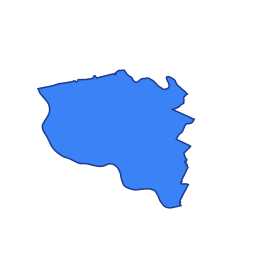 the district of Vijfheerenlanden, Zuid-Holland, Netherlands, rotated 224°
{"feature_id": "6326949B1292857189709", "entity_name": "Vijfheerenlanden", "entity_type": "district", "adm_level": 2, "iso_a3": "NLD", "parent_name": "Netherlands", "parent_adm1": "Zuid-Holland", "projection": "robinson", "projection_center": [5.057, 51.93], "detail": "fine", "context": "isolated", "style": "filled", "palette": "blue", "viewbox_px": 256, "rotation_deg": 224, "n_neighbors": 0, "source": "geoboundaries", "source_scale": "gbopen_adm2", "svg_char_len": 5566}
<svg xmlns="http://www.w3.org/2000/svg" viewBox="0 0 256 256"><g transform="rotate(224 128 128)"><path d="M220.0,93.8L219.4,93.5L217.5,92.7L216.6,92.3L215.6,92.0L214.6,91.8L212.1,91.5L206.1,91.0L205.0,90.9L203.1,90.4L201.8,90.0L201.1,89.7L200.2,89.2L198.7,88.1L197.9,87.5L197.2,86.9L196.5,86.0L195.9,85.2L195.1,84.0L194.9,83.5L194.7,83.0L194.0,80.8L193.8,79.8L193.5,78.5L193.2,76.8L192.5,73.5L192.4,73.0L192.0,71.9L191.7,71.1L191.5,70.6L191.0,69.9L190.6,69.5L190.0,69.0L188.5,67.9L186.4,67.0L185.4,66.6L184.4,66.4L182.3,66.0L176.3,64.1L173.7,63.0L171.2,62.1L169.5,61.7L166.9,61.3L164.2,61.1L162.0,61.2L157.4,61.8L155.9,62.2L154.5,62.6L153.3,63.0L152.7,63.3L152.3,63.6L151.9,63.9L151.0,64.3L148.8,65.2L148.0,65.5L146.3,66.1L144.8,66.5L140.2,68.0L137.4,69.4L134.1,72.7L132.4,73.9L130.3,75.2L128.0,76.5L125.9,77.7L124.0,79.0L122.0,80.5L120.5,81.9L119.2,83.7L118.4,85.3L117.5,87.7L116.8,89.0L115.6,90.2L114.1,91.3L113.2,91.7L112.6,91.9L110.9,92.2L109.1,92.2L107.4,92.1L105.6,91.7L102.3,90.2L101.1,89.5L98.6,87.6L96.7,86.4L94.9,85.5L91.6,84.0L91.0,83.9L90.5,83.9L88.0,84.2L85.7,85.1L83.5,86.1L81.8,87.1L80.7,87.8L79.2,89.1L76.6,92.3L75.8,93.2L73.5,95.9L72.8,96.6L72.4,96.9L72.1,97.5L71.6,98.0L70.6,98.9L69.5,99.6L66.3,101.2L65.3,101.4L64.2,101.4L63.2,101.2L62.2,100.9L59.6,100.2L58.9,99.9L56.1,98.6L54.8,98.1L53.5,97.7L52.2,97.5L49.6,97.1L48.3,97.0L47.0,97.1L45.8,97.5L44.7,98.0L43.7,98.6L42.8,99.3L42.0,100.1L41.3,100.9L40.6,101.9L39.7,103.4L38.7,104.7L36.0,109.0L38.3,109.6L38.4,110.3L38.6,110.9L38.7,111.1L39.2,110.7L39.4,110.8L39.5,111.0L40.2,112.1L40.5,112.9L40.7,113.4L41.1,114.9L41.6,116.4L41.5,116.5L41.8,117.0L45.3,129.2L45.9,129.0L46.2,128.9L46.5,128.7L46.8,128.4L47.6,128.0L48.2,127.3L48.7,126.9L49.4,126.2L49.6,126.0L50.0,125.4L50.2,125.2L50.4,125.1L51.5,124.8L52.1,127.0L52.8,126.7L53.9,130.0L54.3,131.1L56.0,136.6L57.6,141.4L58.1,141.5L59.3,141.7L59.6,142.0L60.2,142.8L60.7,142.1L60.8,142.3L62.7,142.9L63.6,143.1L63.8,143.3L62.7,144.0L63.4,144.5L63.4,146.0L65.0,146.3L65.5,146.3L66.0,146.4L66.2,146.5L69.1,148.1L70.0,148.5L70.3,148.7L70.4,148.8L70.3,150.2L70.2,154.8L70.1,158.2L70.5,158.3L70.8,158.4L71.1,158.2L80.9,155.0L83.9,153.9L84.1,153.9L84.5,153.8L85.3,153.6L85.7,153.6L85.9,155.1L86.0,155.2L86.4,156.7L86.7,158.8L86.7,159.4L86.7,159.9L86.6,160.5L86.4,161.2L86.3,161.7L86.3,162.2L86.4,163.1L86.7,164.2L87.0,164.8L87.3,165.5L87.5,166.3L88.7,169.3L88.9,169.8L89.0,170.1L88.9,171.0L88.7,171.5L88.5,172.0L88.3,172.3L88.1,172.6L87.0,173.7L86.6,174.3L86.4,174.7L86.1,175.2L85.9,175.8L85.8,176.3L85.7,177.0L85.7,177.5L85.8,178.0L85.9,178.3L86.0,178.9L86.6,180.4L86.9,180.3L87.0,180.2L86.9,180.1L87.1,180.0L87.9,179.7L90.3,178.7L90.3,178.9L106.5,173.1L108.9,172.3L109.1,172.7L108.7,172.8L108.3,172.9L108.0,173.2L107.8,173.5L107.6,174.5L107.3,175.2L107.3,175.4L107.2,175.7L107.1,175.9L106.7,176.6L106.6,177.0L106.6,177.3L106.3,177.7L106.2,177.9L106.2,178.4L106.0,178.9L105.9,179.3L106.0,179.9L106.1,180.1L106.2,180.4L106.2,181.4L106.0,181.9L105.9,182.0L105.8,182.4L105.6,182.8L105.5,183.4L105.4,183.7L105.2,184.1L105.1,184.3L105.2,184.5L105.4,184.8L106.1,185.5L106.4,185.7L106.5,186.0L106.6,186.4L106.8,186.6L107.2,187.0L107.6,187.3L107.9,187.6L108.3,187.9L108.6,188.2L109.0,188.6L109.2,189.0L109.3,189.1L109.3,189.3L109.3,189.5L109.2,190.5L109.2,191.8L109.3,191.8L109.2,192.1L109.3,192.2L109.2,192.5L109.3,192.5L108.9,193.7L112.7,193.7L115.5,193.6L116.8,193.4L117.3,193.4L119.4,193.4L121.2,193.1L121.9,193.2L124.3,193.6L124.8,193.8L125.3,194.0L125.7,194.2L126.1,194.4L126.6,194.7L126.9,194.7L127.2,194.7L127.6,194.8L127.8,194.9L128.2,194.9L131.6,194.3L132.3,194.1L133.4,193.7L134.0,193.3L134.6,193.0L135.0,192.7L135.4,192.2L135.5,191.9L135.6,191.7L135.5,191.3L135.3,190.9L135.1,190.7L134.7,190.4L133.5,189.8L131.2,188.9L130.1,188.5L128.7,187.8L128.1,187.3L127.8,187.0L127.5,186.7L127.2,186.3L127.1,186.0L127.0,185.5L126.9,185.2L126.9,184.8L127.0,184.1L127.3,183.3L127.8,182.2L128.3,181.5L128.7,181.1L129.5,180.5L130.0,180.3L132.2,179.9L134.2,179.4L135.3,179.2L136.1,179.2L136.7,179.2L138.1,179.4L139.1,179.5L140.4,179.4L140.8,179.4L142.1,179.6L142.8,179.5L144.2,179.1L144.5,179.0L147.0,178.4L147.8,178.2L148.0,178.1L148.3,177.8L149.5,176.6L149.7,176.2L150.0,175.6L150.2,175.3L151.5,174.0L151.8,173.7L152.0,173.4L152.2,172.9L152.4,172.5L152.6,172.0L152.7,171.3L152.8,170.7L152.9,169.5L152.9,169.0L153.1,168.2L153.3,167.6L153.5,167.1L153.7,166.9L154.0,166.6L154.8,166.2L155.2,166.0L155.2,165.9L155.4,165.8L156.4,165.8L158.1,166.0L158.9,166.3L159.3,166.5L160.2,166.9L160.8,166.9L161.1,166.8L161.8,166.5L162.4,166.4L163.7,166.2L164.2,166.1L166.1,166.0L167.4,166.3L167.8,166.4L168.3,166.6L171.1,166.9L172.1,165.8L172.9,164.7L173.2,164.3L174.0,163.6L174.3,163.3L174.5,162.9L174.7,162.5L174.8,161.8L174.9,161.3L175.3,159.0L175.2,159.0L174.3,158.6L174.2,158.6L174.1,158.4L174.1,158.1L174.1,157.7L174.2,157.4L174.5,157.3L175.7,157.3L176.0,157.0L177.3,155.0L184.1,144.1L185.3,142.1L185.8,142.2L187.8,142.7L188.1,142.6L188.3,142.4L188.5,142.1L188.1,140.2L188.1,139.4L187.8,139.1L191.1,134.9L191.8,133.9L192.0,133.5L192.5,133.0L193.1,132.4L194.2,131.4L194.6,131.0L196.0,129.6L196.9,128.8L197.0,128.7L197.4,127.8L197.4,127.7L197.1,127.2L196.9,126.9L196.7,126.5L196.6,126.3L196.7,126.2L196.9,125.7L197.3,125.3L197.7,124.9L197.9,124.9L198.4,125.1L198.6,125.1L198.9,125.1L199.2,124.9L200.3,122.8L201.0,121.5L201.5,121.0L202.4,119.7L202.9,119.0L203.6,118.2L204.5,116.9L205.5,115.6L207.2,113.4L207.4,113.2L207.6,113.0L207.7,112.9L207.9,112.7L209.5,109.9L211.7,105.8L212.4,104.8L214.7,101.5L219.2,95.0L220.0,93.8Z" fill="#3b82f6" stroke="#1e3a8a" stroke-width="1.5"/></g></svg>